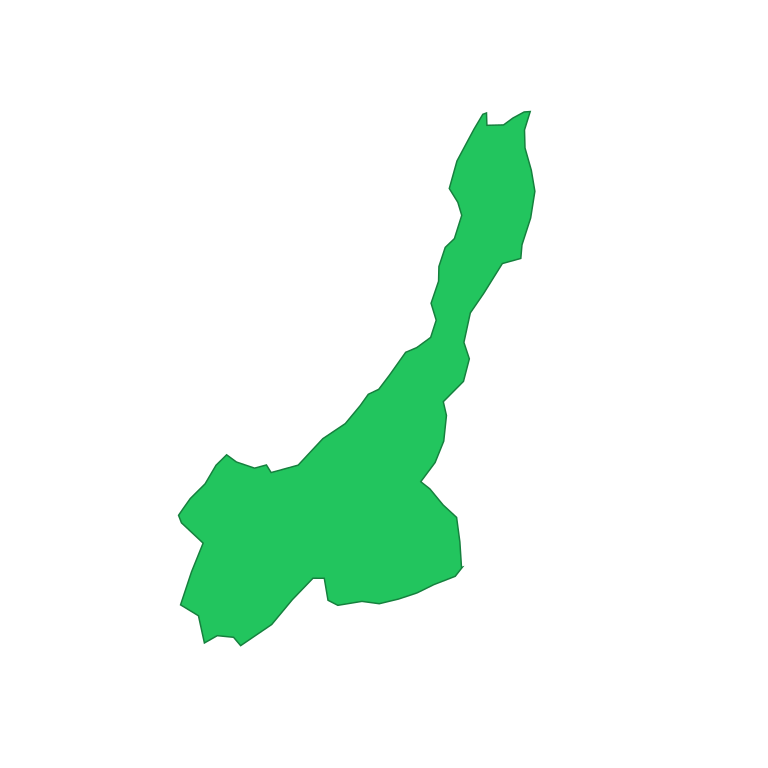 Hallsberg, Orebro, Sweden, rotated 112°
{"feature_id": "70781695B5690265718253", "entity_name": "Hallsberg", "entity_type": "district", "adm_level": 2, "iso_a3": "SWE", "parent_name": "Sweden", "parent_adm1": "Orebro", "projection": "equal_earth", "projection_center": [15.203, 59.02], "detail": "fine", "context": "isolated", "style": "filled", "palette": "green", "viewbox_px": 768, "rotation_deg": 112, "n_neighbors": 0, "source": "geoboundaries", "source_scale": "gbopen_adm2", "svg_char_len": 1172}
<svg xmlns="http://www.w3.org/2000/svg" viewBox="0 0 768 768"><g transform="rotate(112 384 384)"><path d="M575.0,523.6L582.7,525.3L588.6,519.8L599.3,492.1L630.4,492.1L665.0,489.9L668.4,469.2L691.4,453.5L679.8,444.3L675.2,428.6L680.3,418.9L649.0,398.0L618.3,388.2L590.7,377.1L586.5,366.6L605.5,354.9L606.5,343.9L593.8,323.0L589.5,306.1L577.9,289.9L565.2,275.0L551.4,262.7L535.6,245.9L524.5,242.7L525.1,243.4L502.0,254.5L480.5,266.7L474.0,283.9L464.1,302.1L460.8,313.3L437.7,307.2L414.6,307.2L389.8,314.3L378.2,322.4L351.8,311.3L328.7,314.3L315.5,325.5L285.8,330.6L262.7,325.5L228.0,319.4L216.3,304.2L203.3,308.2L175.2,310.2L148.8,316.3L130.6,327.5L112.3,341.7L95.8,348.9L76.6,350.5L79.3,356.0L89.1,364.1L99.0,370.2L105.6,385.5L94.3,390.5L96.9,393.4L113.8,396.0L149.8,399.9L178.3,396.7L187.9,383.6L198.5,375.1L222.8,373.2L234.4,378.4L254.5,377.1L268.3,371.9L291.5,370.6L305.3,359.5L323.3,358.2L338.0,367.3L346.5,375.8L374.0,382.3L390.9,386.9L399.4,394.7L413.1,398.0L435.3,405.1L457.5,420.2L491.4,433.2L508.4,455.5L503.1,462.7L510.5,472.5L511.6,491.6L508.6,503.4L522.2,509.3L543.6,512.5L562.7,520.7L575.0,523.6Z" fill="#22c55e" stroke="#15803d" stroke-width="1.5"/></g></svg>